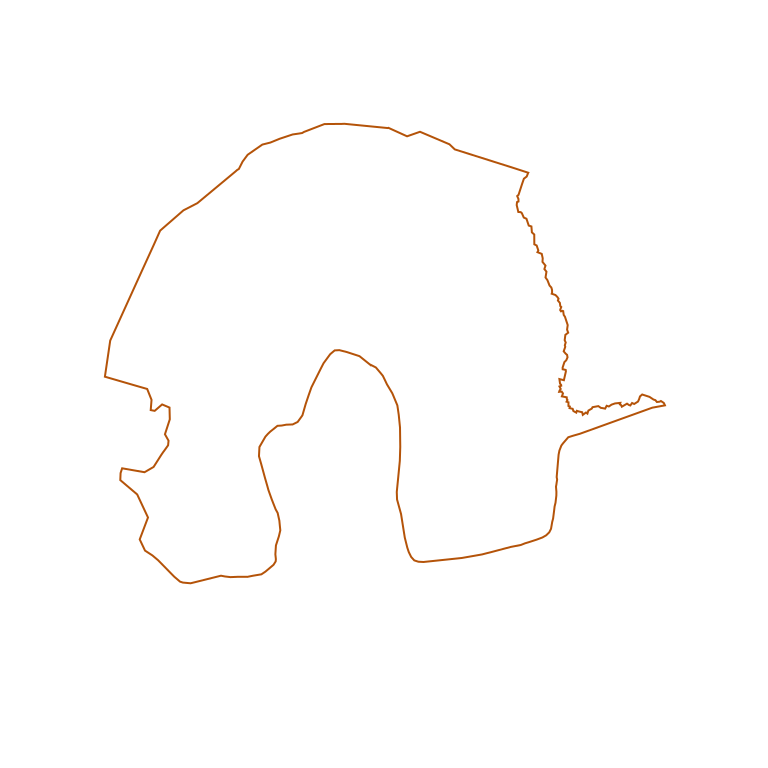 Kantora, Upper River, Gambia (Robinson projection), rotated 198°
{"feature_id": "56634734B33233148834926", "entity_name": "Kantora", "entity_type": "district", "adm_level": 2, "iso_a3": "GMB", "parent_name": "Gambia", "parent_adm1": "Upper River", "projection": "robinson", "projection_center": [-13.936, 13.414], "detail": "fine", "context": "isolated", "style": "outline", "palette": "amber", "viewbox_px": 768, "rotation_deg": 198, "n_neighbors": 0, "source": "geoboundaries", "source_scale": "gbopen_adm2", "svg_char_len": 4078}
<svg xmlns="http://www.w3.org/2000/svg" viewBox="0 0 768 768"><g transform="rotate(198 384 384)"><path d="M312.1,629.5L326.1,629.5L389.2,629.0L395.8,632.2L427.7,635.0L438.6,626.7L459.0,629.0L459.4,628.6L502.2,619.2L503.7,618.6L521.0,612.8L538.0,599.0L539.4,597.4L542.3,595.9L548.0,593.1L559.0,585.0L566.7,578.5L573.7,574.1L584.5,559.9L587.2,551.9L588.5,543.6L589.7,542.3L591.2,539.8L617.4,498.3L628.4,487.2L644.3,460.7L645.9,445.7L649.2,417.0L657.8,340.7L651.7,304.7L619.2,305.7L607.7,306.1L600.2,297.1L597.8,287.1L593.8,287.6L588.7,296.0L580.7,295.3L576.8,284.2L576.8,282.4L576.8,268.5L571.4,263.5L570.4,259.0L570.7,258.0L572.5,252.3L572.9,251.2L573.9,247.8L577.5,233.9L584.5,226.1L607.0,222.9L607.0,217.9L605.1,211.1L584.6,202.7L567.2,184.1L568.3,160.7L559.8,151.7L551.3,149.4L544.4,146.6L526.8,137.4L523.9,135.9L516.9,133.0L513.9,133.0L506.4,134.7L503.0,136.8L479.8,151.3L475.8,151.8L470.3,152.9L462.8,155.7L454.3,158.4L449.3,161.2L441.8,165.1L438.8,168.9L433.2,177.9L432.2,181.8L432.7,184.0L434.7,188.5L436.9,197.1L436.9,206.6L437.4,212.8L439.3,217.1L441.3,221.7L445.3,228.5L448.3,231.3L453.0,237.0L453.4,237.5L455.2,239.7L461.2,247.5L463.5,251.0L468.1,257.8L475.9,269.7L480.6,276.7L483.0,285.6L480.5,297.3L479.0,300.7L477.5,303.5L472.4,311.3L468.4,312.9L464.4,315.1L458.4,317.3L454.4,321.2L452.9,325.8L451.9,329.0L452.3,340.8L452.2,350.1L452.0,358.4L448.8,379.6L447.9,385.1L444.4,395.7L441.3,400.7L436.9,402.4L432.3,402.7L431.3,402.8L429.3,402.9L426.6,402.9L423.8,402.9L419.6,402.9L415.9,402.9L402.4,397.8L402.3,398.1L396.8,397.2L390.5,393.3L387.6,391.4L384.6,388.3L381.1,384.6L373.3,377.8L371.8,376.1L364.7,367.8L363.3,365.0L360.4,359.1L355.3,347.5L349.1,329.2L345.2,315.8L341.3,298.1L338.5,285.3L335.9,278.2L327.6,265.6L316.8,244.4L315.8,242.8L311.3,235.6L308.5,231.8L304.7,227.9L300.7,225.6L296.4,225.6L291.5,226.9L256.2,242.6L243.0,249.6L238.1,252.2L233.7,255.0L231.1,256.6L213.3,268.1L204.1,273.2L200.6,276.1L197.4,278.3L190.8,283.1L185.9,287.0L183.0,290.2L181.0,294.0L180.4,297.9L181.4,304.8L181.6,308.3L183.0,315.7L183.9,320.2L184.2,324.1L185.6,331.1L186.7,334.7L188.7,339.5L189.0,341.8L189.3,343.4L189.8,346.6L191.0,348.8L196.1,370.7L196.6,374.9L196.3,380.3L195.4,382.9L192.3,390.3L188.1,393.3L182.3,397.2L121.5,444.4L110.2,450.5L110.9,451.3L111.4,451.8L111.8,452.2L112.0,452.4L112.2,452.5L115.4,453.4L116.3,452.4L118.9,451.2L120.9,452.5L122.9,452.5L127.5,453.8L135.2,453.8L136.7,451.3L136.7,448.4L137.0,445.8L139.9,442.3L142.2,442.6L143.1,439.7L144.5,439.7L146.8,440.4L150.8,435.9L152.0,437.2L153.4,437.5L153.4,439.1L158.3,436.9L161.2,434.7L163.2,432.1L165.5,432.1L166.1,428.9L168.7,428.6L170.4,428.3L173.3,429.2L178.5,426.4L178.8,424.8L181.4,421.9L181.4,418.7L183.1,419.3L185.4,416.1L186.8,418.4L190.0,418.1L192.3,418.1L192.3,416.2L195.5,416.8L196.9,418.7L200.1,418.4L200.3,420.0L201.8,420.1L202.9,423.6L204.9,423.6L204.6,425.5L205.5,426.2L206.1,427.8L211.0,427.2L210.9,429.5L210.9,430.4L211.8,431.0L212.7,431.7L215.0,430.7L215.0,432.0L214.4,433.9L216.4,435.9L214.9,437.1L215.2,437.8L216.7,438.8L217.5,440.4L218.7,442.9L214.1,443.2L214.9,452.2L215.5,453.5L216.3,453.5L218.6,453.2L219.2,454.8L219.2,460.6L218.0,462.9L217.7,466.1L218.9,468.3L220.6,469.0L223.2,470.6L223.1,475.4L224.0,476.7L224.0,479.6L225.7,481.5L226.2,484.2L226.7,486.8L224.7,489.7L226.7,492.3L227.5,496.8L232.7,503.9L234.4,505.2L235.6,507.6L236.1,508.7L237.0,508.7L238.1,507.8L239.3,508.8L239.3,509.6L239.3,510.4L239.2,512.0L239.8,512.3L240.4,512.6L241.1,514.0L241.8,515.5L244.4,517.1L244.4,519.1L246.1,520.4L248.4,521.6L252.4,521.7L252.4,523.0L253.3,525.5L254.7,527.5L257.0,528.8L260.7,533.3L263.3,535.2L264.2,541.0L267.0,542.9L267.0,546.5L271.0,549.1L271.9,552.6L274.2,556.5L278.8,556.8L278.5,558.7L281.6,562.9L284.2,563.3L287.3,572.6L290.2,573.9L292.5,579.4L295.3,579.4L299.6,585.2L302.5,585.5L305.7,589.1L307.1,589.7L309.4,589.1L310.1,590.2L310.6,591.1L310.9,591.6L311.4,592.4L313.1,595.2L313.7,598.1L312.5,599.1L313.3,601.5L315.4,603.9L314.5,605.5L314.5,612.0L314.5,616.6L314.4,622.5L312.4,625.4L312.2,628.2L312.2,628.9L312.1,629.5Z" fill="none" stroke="#b45309" stroke-width="2"/></g></svg>